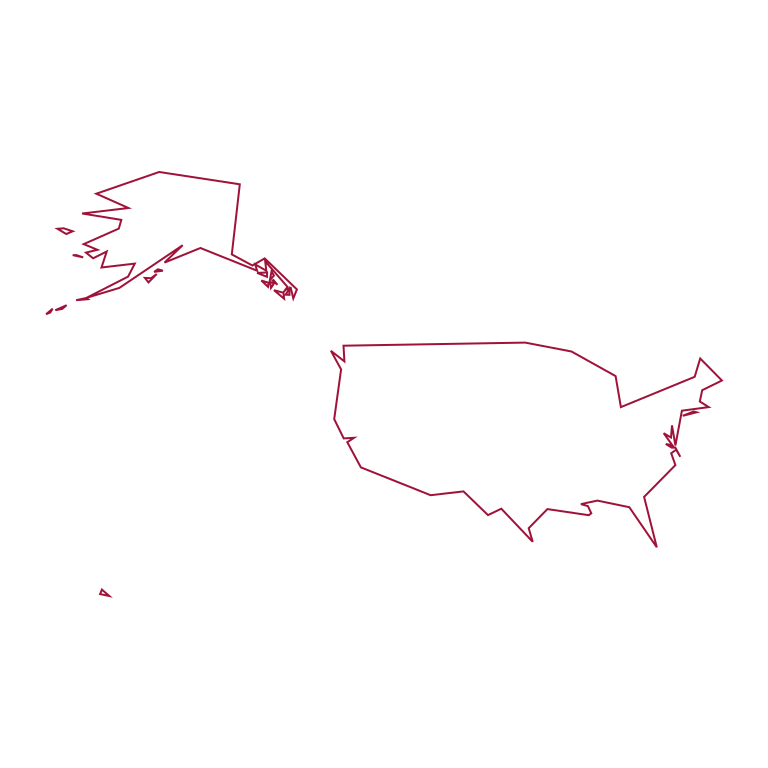 SVG path tracing the border of United States of America
{"feature_id": "USA", "entity_name": "United States of America", "entity_type": "country or territory", "adm_level": 0, "iso_a3": "USA", "parent_name": "North America", "parent_adm1": "", "projection": "robinson", "projection_center": [-126.716, 45.186], "detail": "medium", "context": "isolated", "style": "outline", "palette": "rose", "viewbox_px": 768, "rotation_deg": 0, "n_neighbors": 0, "source": "natural_earth", "source_scale": "50m", "svg_char_len": 1916}
<svg xmlns="http://www.w3.org/2000/svg" viewBox="0 0 768 768"><path d="M620.9,407.1L694.7,376.8L700.2,358.5L721.9,380.5L702.2,390.2L699.8,401.5L708.7,407.1L681.9,410.7L675.4,445.5L672.0,425.4L671.0,437.5L663.7,433.2L673.1,446.3L672.3,446.9L670.3,444.9L665.8,444.0L671.9,447.7L675.3,447.5L680.3,456.8L676.1,449.7L671.2,453.3L675.4,465.1L644.1,496.9L656.8,547.3L629.3,507.2L597.3,500.6L580.9,504.1L587.9,506.1L591.3,513.3L588.8,515.2L547.4,509.1L528.7,528.2L532.7,541.8L501.3,508.7L488.0,515.1L463.5,491.4L430.6,495.2L360.9,467.4L347.3,442.2L354.0,437.8L343.7,438.4L334.2,419.1L341.1,369.4L330.9,350.8L344.4,361.4L343.5,345.7L525.2,342.6L571.5,351.5L615.6,376.1L620.9,407.1ZM296.9,289.4L293.3,298.4L290.7,287.8L285.9,289.5L283.7,292.0L287.5,286.9L265.2,261.3L266.3,270.7L255.2,264.4L257.1,270.7L200.4,248.0L164.5,262.6L182.7,245.2L119.4,287.9L86.6,297.8L128.1,276.6L134.8,263.6L101.5,267.5L106.7,251.5L93.1,258.3L86.0,252.6L97.4,249.8L83.7,244.1L118.8,228.6L121.3,219.9L82.1,213.5L128.4,208.0L96.3,193.7L159.1,172.0L239.8,184.3L231.8,254.4L252.4,265.5L264.7,258.4L296.9,289.4ZM156.7,274.0L148.5,282.4L144.9,277.9L151.1,278.2L156.7,274.0ZM274.0,290.2L283.4,292.7L284.1,298.7L274.0,290.2ZM109.3,596.0L100.1,594.1L101.9,589.6L109.3,596.0ZM57.5,228.8L63.7,228.3L72.7,231.3L66.2,234.0L57.5,228.8ZM257.1,272.9L267.1,272.5L267.0,276.8L257.1,272.9ZM76.4,255.1L83.2,257.4L72.7,255.1L76.4,255.1ZM261.3,280.5L268.6,282.8L268.0,286.8L261.3,280.5ZM269.9,280.1L271.5,271.5L273.9,275.6L269.9,280.1ZM76.1,300.2L86.3,298.0L87.9,299.2L76.1,300.2ZM289.2,288.9L289.5,294.8L285.6,294.7L289.2,288.9ZM693.8,411.5L696.6,412.3L682.7,415.8L693.8,411.5ZM273.4,280.0L277.4,284.8L272.7,280.5L273.4,280.0ZM55.3,310.2L66.6,305.2L62.2,308.9L55.3,310.2ZM157.9,269.3L162.9,270.7L154.1,271.9L157.9,269.3ZM270.1,281.9L274.0,283.4L271.0,287.9L270.1,281.9ZM52.6,308.7L50.3,312.5L46.1,314.2L52.6,308.7Z" fill="none" stroke="#9f1239" stroke-width="2"/></svg>